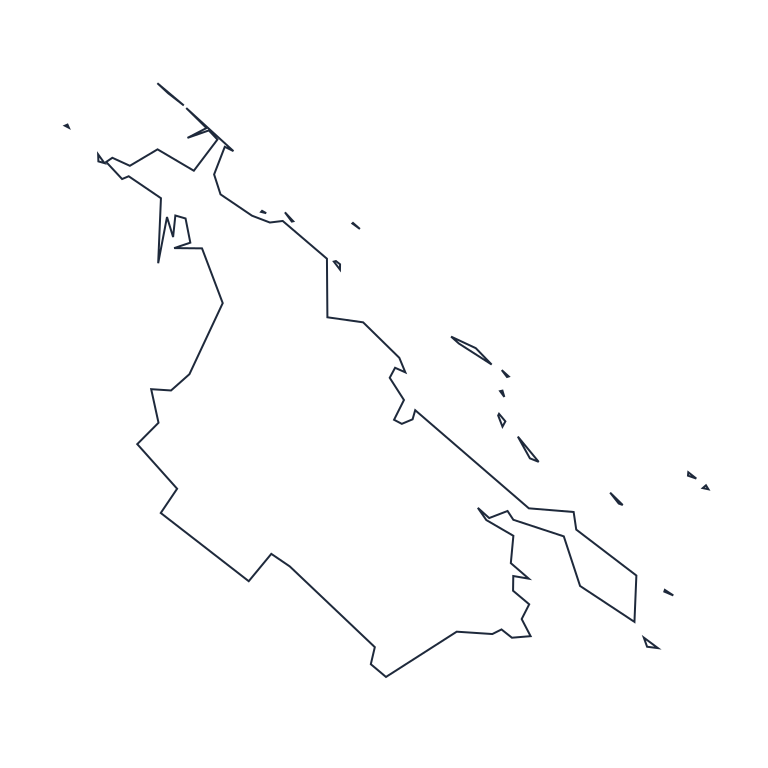 Akraneskaupstaður, Vesturland, Iceland, rotated 92°
{"feature_id": "244011B30892314657027", "entity_name": "Akraneskaupstaður", "entity_type": "district", "adm_level": 2, "iso_a3": "ISL", "parent_name": "Iceland", "parent_adm1": "Vesturland", "projection": "mercator", "projection_center": [-22.054, 64.332], "detail": "medium", "context": "isolated", "style": "outline", "palette": "slate", "viewbox_px": 768, "rotation_deg": 92, "n_neighbors": 0, "source": "geoboundaries", "source_scale": "gbopen_adm2", "svg_char_len": 1968}
<svg xmlns="http://www.w3.org/2000/svg" viewBox="0 0 768 768"><g transform="rotate(92 384 384)"><path d="M599.1,231.2L586.1,247.8L571.4,248.1L573.5,232.5L558.6,251.0L531.2,249.4L516.4,277.0L504.5,285.9L514.3,274.2L506.6,256.1L515.2,250.0L530.0,199.0L579.0,181.0L613.0,125.4L566.6,125.1L522.8,186.8L505.3,190.0L503.2,234.9L409.1,351.9L418.3,354.2L423.2,364.8L419.4,372.7L399.3,363.5L377.6,378.5L367.4,373.5L371.6,363.1L357.3,369.6L323.1,407.0L319.3,442.9L260.8,445.4L224.6,490.9L226.6,503.7L220.4,521.8L200.2,554.0L180.5,561.1L152.5,551.4L156.5,542.6L115.1,591.3L134.4,570.3L144.9,589.0L136.7,567.9L145.5,559.0L177.5,581.5L157.4,618.5L174.8,645.6L167.4,663.4L171.8,669.4L188.3,652.9L185.3,646.4L206.1,613.4L271.2,613.9L224.7,606.7L244.5,599.9L222.9,598.4L225.5,588.1L249.5,582.5L255.5,598.5L254.8,570.6L308.8,548.0L381.0,578.8L397.9,596.6L397.3,616.5L430.6,608.0L452.7,628.5L495.9,587.1L520.7,602.6L585.8,512.3L557.7,490.7L569.6,471.8L647.3,384.0L664.5,387.4L676.7,371.8L629.0,302.7L630.1,267.0L625.2,258.0L633.1,247.3L630.9,228.7L614.1,238.2L599.1,231.2ZM334.3,318.6L341.0,310.5L360.8,277.1L345.0,293.5L334.3,318.6ZM431.9,248.4L453.2,235.6L456.4,226.7L431.9,248.4ZM91.3,621.0L101.0,609.8L112.6,593.8L91.3,621.0ZM484.7,154.2L495.3,145.2L496.6,141.2L484.7,154.2ZM628.4,115.5L637.4,111.9L638.4,101.0L628.4,115.5ZM422.5,264.1L417.1,261.4L409.8,268.0L411.5,268.8L422.5,264.1ZM171.5,677.2L173.0,671.1L164.5,677.7L171.5,677.2ZM215.9,489.0L224.9,481.8L224.5,480.4L215.9,489.0ZM465.0,77.0L467.6,68.6L461.6,76.8L465.0,77.0ZM581.7,96.6L585.2,87.5L580.0,96.1L581.7,96.6ZM271.2,432.0L265.9,432.1L262.8,436.4L263.4,438.4L271.2,432.0ZM366.0,266.8L372.7,261.3L372.1,259.6L366.0,266.8ZM224.7,421.2L229.9,413.5L224.1,420.6L224.7,421.2ZM476.9,61.8L477.9,56.1L474.0,58.7L476.9,61.8ZM387.1,267.7L392.7,263.3L386.5,265.4L387.1,267.7ZM216.3,512.8L217.4,507.7L215.2,511.9L216.3,512.8ZM137.0,711.9L138.9,707.9L135.8,709.4L137.0,711.9Z" fill="none" stroke="#1e293b" stroke-width="2"/></g></svg>